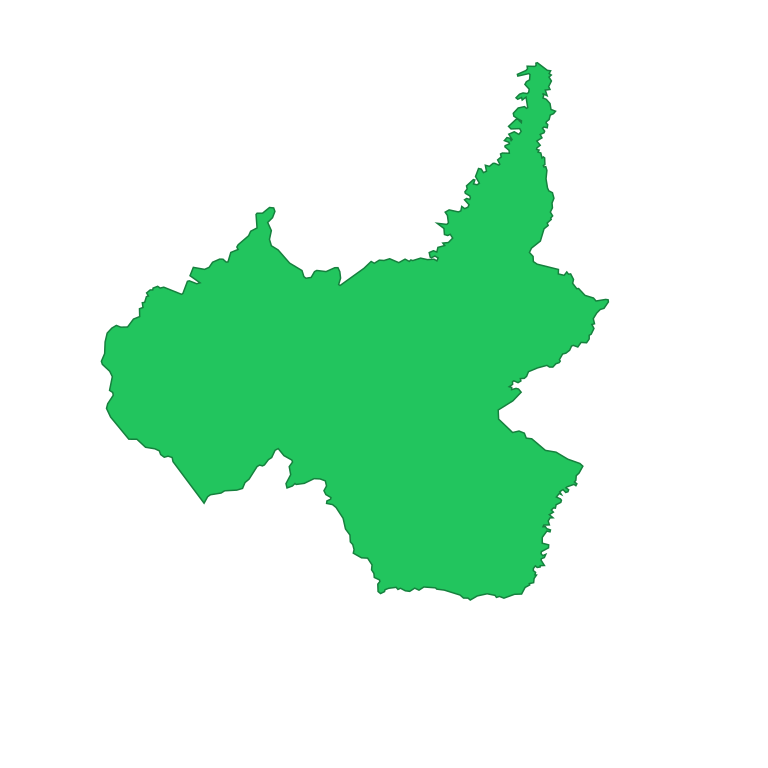 Unaí, Minas Gerais, Brazil, rotated 249°
{"feature_id": "56859067B95951765675764", "entity_name": "Unaí", "entity_type": "district", "adm_level": 2, "iso_a3": "BRA", "parent_name": "Brazil", "parent_adm1": "Minas Gerais", "projection": "robinson", "projection_center": [-46.723, -16.386], "detail": "fine", "context": "isolated", "style": "filled", "palette": "green", "viewbox_px": 768, "rotation_deg": 249, "n_neighbors": 0, "source": "geoboundaries", "source_scale": "gbopen_adm2", "svg_char_len": 6172}
<svg xmlns="http://www.w3.org/2000/svg" viewBox="0 0 768 768"><g transform="rotate(249 384 384)"><path d="M530.7,143.8L523.2,138.7L512.5,134.1L506.5,128.3L503.3,128.1L494.2,132.5L488.2,133.0L476.4,125.5L473.3,127.7L470.5,127.2L464.6,119.0L460.7,116.2L451.1,116.9L423.9,126.0L421.0,133.5L410.4,138.7L405.6,146.9L402.1,150.3L398.2,150.2L394.4,152.6L394.0,156.6L391.3,159.9L387.1,159.2L337.2,173.3L342.0,179.0L342.8,182.3L340.6,192.8L341.4,197.0L337.7,208.5L337.2,214.5L341.8,218.9L343.5,223.9L352.4,235.9L352.9,238.8L351.1,241.2L351.3,243.4L354.8,249.0L355.6,252.8L361.2,258.6L361.6,262.1L353.0,264.9L346.0,270.7L343.9,270.6L340.8,265.9L332.8,264.4L326.1,256.8L321.7,256.2L321.6,261.9L323.0,265.2L321.7,266.0L319.8,274.0L320.7,284.8L318.3,290.3L314.6,294.5L309.4,293.8L305.9,289.7L301.6,290.1L297.0,293.8L295.6,292.9L295.3,288.8L293.1,287.6L289.9,292.7L285.9,295.0L273.3,297.7L262.5,296.1L255.2,298.1L248.7,296.0L245.3,297.3L240.1,296.7L237.1,294.7L229.8,300.7L227.3,306.3L219.4,308.0L215.0,305.8L210.8,306.7L206.9,305.6L202.7,309.6L201.1,309.4L199.4,306.5L192.4,304.1L189.6,305.7L190.0,310.1L191.6,311.2L191.6,315.3L189.8,322.5L187.2,323.4L187.4,326.2L183.3,329.8L181.2,333.7L182.4,339.5L179.0,342.8L180.2,348.5L175.2,359.1L173.6,359.7L170.0,366.4L159.7,379.4L155.7,381.5L154.0,385.7L151.4,387.1L152.7,395.2L151.2,405.1L146.9,411.9L144.5,412.5L144.3,415.7L141.1,419.2L140.9,430.5L138.6,437.2L143.5,442.8L144.2,448.0L145.6,448.1L144.9,452.5L148.6,454.4L151.0,457.9L151.8,456.5L153.8,458.0L156.3,456.5L158.3,457.4L159.9,460.1L157.8,461.3L157.2,464.2L158.4,464.7L157.1,468.7L163.2,467.5L164.5,468.3L164.5,471.5L167.0,474.0L166.9,470.7L169.4,469.8L171.1,470.9L172.1,478.9L174.8,480.1L178.7,474.7L184.1,476.8L188.3,483.3L186.5,486.0L188.1,487.1L190.7,484.0L192.9,483.6L193.8,481.3L195.0,482.6L193.2,487.9L197.3,488.2L199.5,491.0L198.6,493.8L202.8,491.5L203.7,496.2L206.4,495.0L207.6,497.9L206.7,499.5L209.6,501.4L210.1,506.6L211.9,508.0L213.5,507.5L216.7,504.4L219.0,508.3L217.2,510.0L220.4,509.4L221.3,513.3L217.6,514.8L217.5,517.1L219.1,518.5L221.9,516.6L222.4,518.1L222.2,525.4L220.3,526.7L221.7,528.3L224.3,526.7L225.3,528.6L229.5,530.6L230.9,534.1L236.0,540.2L239.6,538.4L247.9,528.7L258.7,520.2L264.2,510.9L279.9,502.3L282.5,497.4L287.8,497.4L291.7,493.2L292.6,486.7L310.1,478.4L318.8,481.3L322.1,498.3L327.2,509.1L331.1,507.8L332.6,505.7L333.0,501.1L335.0,502.0L336.6,499.9L337.6,504.0L340.0,504.7L340.5,506.3L337.2,509.6L337.8,512.9L340.2,513.2L339.0,517.0L340.0,519.8L343.7,523.3L344.0,533.1L343.0,542.8L340.5,544.6L339.3,547.7L341.3,551.7L341.2,555.2L342.2,556.7L343.9,556.5L348.0,561.5L347.6,564.9L349.0,569.4L352.2,572.7L352.2,574.6L349.1,578.2L352.2,582.9L349.9,587.9L352.5,591.7L355.9,593.0L356.3,595.3L360.6,599.9L365.1,599.4L364.8,602.1L370.0,602.8L374.0,608.0L376.1,612.6L375.8,616.5L380.2,622.9L382.3,623.4L383.5,621.3L385.5,611.7L389.2,610.4L394.7,603.4L403.4,599.9L403.9,598.1L410.4,596.2L413.7,598.4L419.9,597.7L420.4,595.6L423.1,594.8L420.9,591.1L424.3,586.2L428.4,587.9L441.0,569.9L444.8,567.3L449.7,568.9L454.7,566.9L458.0,570.4L461.4,581.2L471.5,589.0L473.2,594.1L475.8,594.0L477.7,599.1L479.2,599.1L480.5,601.7L484.9,600.9L488.1,604.4L492.7,605.7L496.5,609.2L502.2,609.8L505.3,607.1L508.4,606.9L517.5,608.8L525.0,612.6L528.9,612.9L529.3,611.1L530.8,611.0L531.3,612.9L537.5,615.0L538.9,614.1L538.4,612.5L543.5,613.2L545.3,610.9L546.8,612.6L548.3,610.5L549.6,611.3L550.9,615.4L556.1,613.7L557.2,619.7L561.0,619.2L561.2,623.4L562.5,624.6L566.0,623.6L566.6,625.4L564.7,628.2L567.5,629.8L569.7,628.8L570.7,629.7L571.7,632.9L575.5,635.6L575.6,639.1L577.2,641.9L580.5,638.3L586.3,639.5L591.6,637.5L594.1,634.9L596.5,636.7L598.4,636.1L594.7,639.6L600.6,639.9L599.5,644.5L602.7,644.3L606.9,648.9L611.4,648.0L612.5,650.9L614.6,649.4L616.7,651.8L618.3,648.9L629.0,642.3L629.1,640.8L626.8,640.1L626.5,638.5L629.4,631.5L626.8,630.9L625.8,628.9L625.3,619.5L623.5,619.3L621.9,630.4L620.6,631.2L615.8,628.9L615.2,625.3L613.2,622.9L607.2,625.2L604.5,623.6L603.8,621.8L605.9,618.1L606.0,614.4L603.9,609.8L601.9,610.9L602.2,615.1L599.6,614.8L600.9,619.4L590.5,617.2L590.3,615.8L592.6,614.6L593.6,608.2L590.4,601.7L587.5,601.2L583.0,604.4L583.7,602.0L579.9,592.6L576.6,594.0L573.8,602.2L570.7,602.6L568.7,599.4L572.8,596.0L572.5,590.0L566.3,591.2L565.7,589.9L568.2,589.7L570.0,587.1L568.1,583.6L564.8,587.3L563.3,587.2L563.1,582.5L562.1,581.9L557.3,584.5L554.5,583.7L557.2,577.3L557.0,575.2L554.0,574.8L552.5,570.4L547.7,570.9L547.2,569.6L550.3,566.5L550.9,564.9L549.4,560.4L551.9,557.0L545.9,555.9L545.7,552.6L549.8,551.8L551.3,549.5L544.9,543.8L537.3,545.0L536.6,542.3L538.7,539.3L541.9,541.9L542.8,540.7L539.4,532.0L536.4,531.6L534.4,528.4L532.8,528.3L528.9,531.5L526.9,531.4L525.6,530.1L527.6,527.7L527.1,525.2L520.9,527.6L519.0,525.7L518.8,522.2L521.9,520.2L518.1,517.8L518.0,515.1L523.2,507.2L522.5,502.7L518.6,503.6L511.4,501.9L510.5,499.8L515.0,491.2L507.7,495.7L501.9,494.0L499.8,496.7L500.0,499.5L495.6,500.4L493.0,494.8L494.5,489.4L491.5,490.3L492.2,483.3L488.3,480.6L490.7,477.9L490.5,473.3L485.9,472.6L484.9,473.6L485.2,477.4L482.3,479.7L480.0,477.5L482.6,475.4L484.5,469.2L488.4,463.3L488.9,455.1L490.2,453.5L489.4,451.5L493.0,448.4L492.0,441.3L498.9,434.2L499.3,428.3L501.3,424.0L500.2,418.2L503.0,415.9L499.2,406.8L491.7,378.3L493.1,377.3L498.4,381.4L504.7,383.0L509.1,382.7L510.2,379.7L509.7,370.2L514.1,361.9L513.8,359.4L509.6,354.2L510.7,349.0L513.0,347.7L519.3,348.1L530.7,339.2L547.1,333.2L553.4,328.4L560.1,328.9L567.6,333.8L576.5,333.3L579.2,339.5L584.2,344.0L587.9,344.1L589.8,340.4L587.0,331.8L588.9,326.7L588.1,325.3L575.2,321.4L574.4,314.3L570.9,310.7L566.3,297.8L564.6,295.7L561.9,296.0L561.7,288.1L553.9,282.1L554.3,280.4L558.2,278.4L559.5,275.3L559.1,267.6L555.6,262.6L555.3,257.6L561.2,247.8L554.6,241.7L544.4,248.5L544.7,245.1L550.1,239.2L550.3,237.3L540.6,228.7L540.3,227.1L553.3,213.1L553.8,209.4L556.3,207.7L556.3,202.8L554.7,201.8L555.6,199.4L554.1,195.0L550.6,195.6L550.7,193.5L546.0,189.8L546.5,187.5L541.8,186.4L541.9,182.7L534.5,180.1L534.4,173.4L529.1,165.0L531.4,158.6L534.6,155.1L533.7,149.9L530.7,143.8ZM583.0,604.4L580.5,606.7L578.8,605.9L581.5,604.5L583.0,604.4Z" fill="#22c55e" stroke="#15803d" stroke-width="1.5"/></g></svg>